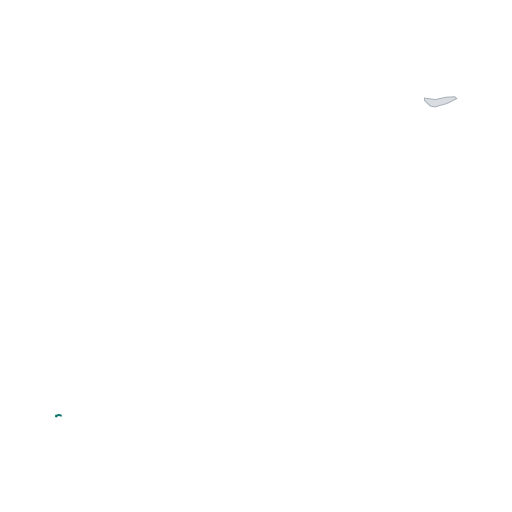 Pepesala, Tuvalu (highlighted), rotated 85°
{"feature_id": "33948139B49263652760429", "entity_name": "Pepesala", "entity_type": "district", "adm_level": 2, "iso_a3": "TUV", "parent_name": "Tuvalu", "parent_adm1": "", "projection": "albers", "projection_center": [179.81, -9.374], "detail": "fine", "context": "in_parent", "style": "filled", "palette": "teal", "viewbox_px": 512, "rotation_deg": 85, "n_neighbors": 0, "source": "geoboundaries", "source_scale": "gbopen_adm2", "svg_char_len": 882}
<svg xmlns="http://www.w3.org/2000/svg" viewBox="0 0 512 512"><g transform="rotate(85 256 256)"><path d="M121.7,69.4L115.7,74.5L113.4,74.4L115.8,63.8L114.4,52.8L114.7,44.1L116.7,42.3L120.7,52.5L123.1,65.0L121.7,69.4Z" fill="#d9dde1" stroke="#a8b0b8" stroke-width="1"/><path d="M397.4,468.6L397.4,469.0L397.5,469.0L397.8,469.3L398.0,469.5L398.3,469.5L398.4,469.4L398.5,469.3L398.6,469.1L398.6,468.9L398.6,468.7L398.4,468.5L398.4,468.4L398.2,468.3L398.1,468.2L397.9,468.1L397.7,468.1L397.6,467.8L397.5,467.6L397.5,467.4L397.5,467.0L397.5,466.7L397.5,466.4L397.6,466.0L397.6,465.9L397.6,465.6L397.7,465.3L397.9,465.0L398.0,464.5L398.1,464.4L398.2,464.2L397.9,464.1L397.7,464.2L397.6,464.3L397.5,464.5L397.4,464.8L397.0,466.2L396.8,466.6L397.0,467.1L397.2,467.5L397.3,467.6L397.4,468.0L397.4,468.3L397.4,468.5L397.4,468.6Z" fill="#14b8a6" stroke="#0f766e" stroke-width="1.5"/></g></svg>